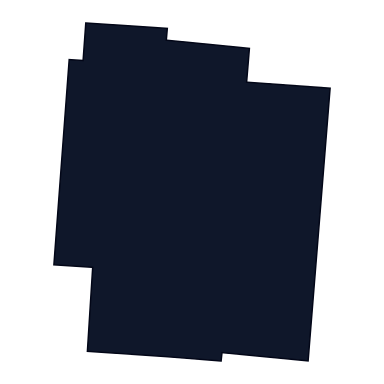 the district of Jackson, Ohio, United States of America
{"feature_id": "52423323B30327543932736", "entity_name": "Jackson", "entity_type": "district", "adm_level": 2, "iso_a3": "USA", "parent_name": "United States of America", "parent_adm1": "Ohio", "projection": "mercator", "projection_center": [-82.642, 39.026], "detail": "fine", "context": "isolated", "style": "filled", "palette": "ink", "viewbox_px": 384, "rotation_deg": 0, "n_neighbors": 0, "source": "geoboundaries", "source_scale": "gbopen_adm2", "svg_char_len": 320}
<svg xmlns="http://www.w3.org/2000/svg" viewBox="0 0 384 384"><path d="M69.2,59.6L53.9,264.8L92.7,267.3L87.4,351.3L167.3,356.7L221.1,361.0L222.0,352.6L308.1,360.9L322.4,184.0L330.1,88.2L246.6,82.2L249.4,48.4L166.3,40.2L167.3,28.4L85.8,23.0L83.1,60.5L69.2,59.6Z" fill="#0f172a" stroke="#020617" stroke-width="1.5"/></svg>